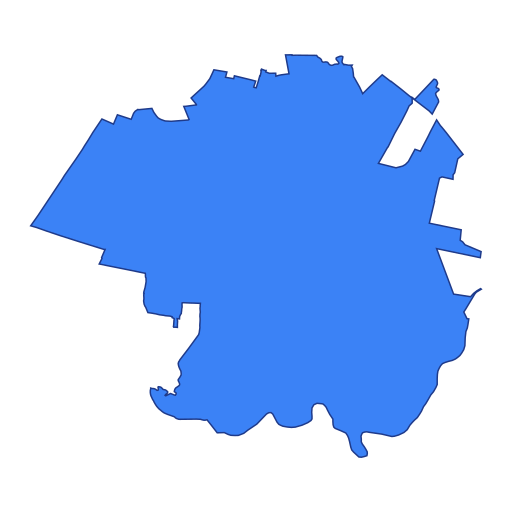 Giroc, Timis, Romania
{"feature_id": "2599482B4901779350201", "entity_name": "Giroc", "entity_type": "district", "adm_level": 2, "iso_a3": "ROU", "parent_name": "Romania", "parent_adm1": "Timis", "projection": "robinson", "projection_center": [21.239, 45.682], "detail": "fine", "context": "isolated", "style": "filled", "palette": "blue", "viewbox_px": 512, "rotation_deg": 0, "n_neighbors": 0, "source": "geoboundaries", "source_scale": "gbopen_adm2", "svg_char_len": 5963}
<svg xmlns="http://www.w3.org/2000/svg" viewBox="0 0 512 512"><path d="M437.2,384.5L437.2,378.8L437.4,374.4L437.9,371.1L439.2,368.2L440.7,365.6L442.5,363.6L445.0,362.5L448.4,361.4L452.3,360.4L455.4,359.0L457.5,357.5L459.9,355.5L461.6,353.2L463.7,349.7L464.9,345.7L465.2,337.6L465.8,332.5L465.8,331.8L467.3,328.0L467.9,324.8L468.6,320.2L468.8,318.9L467.0,318.7L463.8,312.0L465.7,309.1L474.7,294.1L476.3,292.2L481.3,289.2L480.6,288.6L476.9,290.8L473.6,293.4L470.6,296.7L453.6,294.1L436.6,248.6L480.3,257.7L481.1,251.6L465.0,244.8L462.6,241.8L460.2,240.3L461.2,229.8L429.3,223.2L434.6,201.0L434.2,200.5L439.5,178.1L442.0,176.9L453.0,179.3L453.1,174.8L454.7,172.7L457.8,158.8L463.1,154.4L446.3,132.7L442.3,127.8L440.3,125.5L436.6,119.9L430.5,131.5L428.0,136.6L420.4,151.2L415.0,149.3L408.4,161.5L405.4,164.5L402.6,166.1L396.0,167.8L378.4,163.4L387.6,147.3L388.0,147.1L394.6,133.6L400.9,122.5L406.8,111.0L409.1,105.9L412.1,103.3L412.2,102.8L412.1,97.9L414.5,99.7L429.1,110.9L432.2,114.1L438.6,102.0L438.6,101.3L438.3,99.8L437.8,98.7L436.4,96.2L435.9,95.0L435.7,93.9L435.6,93.4L435.8,93.1L436.6,92.1L438.8,90.3L439.0,90.0L439.0,89.3L438.6,88.7L438.2,88.4L436.8,87.9L436.2,87.4L436.2,86.9L436.3,86.5L437.4,84.1L437.6,83.4L437.6,83.0L437.1,81.6L436.5,80.5L436.2,80.0L435.8,79.7L434.9,79.4L434.1,79.2L433.8,79.3L429.3,84.1L414.8,99.4L411.7,97.1L411.4,97.4L409.1,95.7L400.9,89.0L391.0,81.3L390.8,81.5L382.2,74.8L377.2,79.5L369.3,87.1L362.7,93.7L359.6,87.1L354.0,77.2L353.6,77.0L353.3,73.4L352.6,68.6L351.4,66.5L352.2,65.1L348.6,65.2L344.5,64.4L344.0,64.8L342.8,63.5L342.3,62.8L342.0,61.9L342.1,60.9L342.2,60.3L342.8,57.5L342.8,56.7L341.8,56.2L340.9,56.2L339.9,56.3L337.1,57.4L336.2,58.0L336.1,58.7L336.2,59.4L336.8,60.1L338.1,61.6L338.7,62.6L338.9,63.4L338.3,63.9L337.5,64.2L337.1,64.0L334.6,64.3L332.6,65.2L331.8,65.3L330.9,65.3L329.3,64.5L328.0,62.7L327.5,62.3L327.1,62.1L325.7,61.9L323.7,62.2L323.3,62.2L322.7,62.0L322.2,61.6L321.8,61.2L321.4,59.8L320.9,59.1L319.9,58.2L317.9,57.1L316.6,55.4L296.1,55.2L293.0,55.3L292.0,55.3L292.0,54.8L285.5,54.9L289.0,73.8L281.4,74.8L278.9,75.3L275.9,76.2L275.7,73.2L269.3,73.3L265.7,71.9L266.1,70.5L265.1,70.5L261.5,69.1L261.0,70.2L261.4,70.3L261.1,71.3L261.0,71.2L261.0,71.4L261.1,71.9L260.6,74.1L260.2,75.9L259.8,75.8L258.1,81.8L256.2,87.8L254.7,87.5L253.7,87.1L255.7,81.1L250.8,79.8L234.4,75.8L233.7,78.7L225.5,77.3L226.9,72.0L213.9,69.8L212.1,73.8L209.8,78.7L206.0,83.8L204.0,86.2L191.1,98.0L196.4,104.5L196.4,104.9L185.7,106.3L183.8,106.4L189.1,119.5L188.2,120.0L171.2,121.3L165.5,121.0L164.3,120.7L161.0,119.5L159.6,118.8L158.1,117.9L156.6,116.2L153.8,112.3L151.9,108.4L138.6,109.7L137.9,109.4L135.2,111.2L133.6,113.3L131.2,119.3L117.4,114.8L113.5,124.1L101.9,119.0L92.9,132.4L88.3,140.0L84.6,145.7L82.4,149.4L75.9,159.1L64.5,175.4L61.9,179.6L38.0,215.5L30.7,225.8L36.6,227.5L47.0,231.2L60.4,235.7L79.2,241.7L103.9,249.4L105.1,249.4L101.6,257.6L102.0,258.4L99.2,264.0L145.3,273.3L145.4,274.3L145.5,275.0L145.4,275.4L145.5,277.1L146.0,278.0L146.1,281.7L145.1,287.5L143.9,291.7L143.7,293.2L144.1,293.4L143.7,294.9L143.8,296.3L143.9,297.9L143.9,299.1L143.6,300.9L144.1,304.1L144.9,306.1L145.7,307.3L147.9,312.6L152.1,313.2L153.6,313.5L156.0,313.9L157.5,314.3L159.6,314.8L163.6,315.3L165.4,315.7L170.1,316.1L172.1,316.7L172.1,317.6L174.1,318.5L174.2,319.4L174.0,320.0L173.8,323.0L173.6,325.6L173.4,326.6L173.7,327.2L175.6,327.2L177.4,327.4L177.4,324.6L177.6,321.2L177.1,318.6L179.5,318.9L179.6,316.7L180.0,315.6L180.7,314.3L181.3,313.5L181.4,312.0L181.6,311.1L181.7,309.4L181.9,308.0L182.1,307.2L182.0,304.0L182.2,302.8L183.7,302.7L189.9,303.0L194.2,303.1L198.7,303.3L200.4,303.3L200.2,305.3L200.2,306.7L200.0,308.3L200.2,310.8L200.3,312.1L200.0,314.1L199.9,316.3L200.1,318.5L200.1,320.7L199.8,325.4L199.9,327.8L199.2,332.7L198.6,334.7L188.6,348.4L179.9,359.8L179.4,360.8L178.6,362.0L178.4,362.8L178.2,363.4L178.3,364.3L178.5,365.4L178.9,366.8L179.7,368.8L180.9,371.1L181.2,373.7L181.1,375.0L180.1,376.8L179.2,378.2L178.2,379.6L178.2,380.7L179.1,382.4L179.7,384.1L179.4,385.3L178.6,386.0L175.7,388.0L175.0,389.0L174.6,390.1L174.4,390.9L174.3,391.6L174.9,392.1L175.9,392.7L176.2,393.8L175.4,395.2L174.6,395.1L170.5,393.5L168.9,394.3L168.5,394.4L168.0,394.8L167.4,395.0L165.8,395.8L165.1,395.4L165.6,394.5L167.1,393.4L167.6,392.6L167.7,391.8L166.9,391.0L165.6,390.0L164.8,389.8L163.0,389.4L162.4,388.6L161.4,387.6L160.7,387.1L158.6,386.7L158.2,386.8L158.0,387.5L158.3,388.5L158.3,389.9L157.8,390.3L156.9,390.3L155.5,389.2L154.5,388.8L153.8,388.6L152.1,388.5L150.7,388.1L150.7,388.7L150.3,390.5L150.3,392.7L150.6,394.6L151.0,395.9L152.7,399.6L153.6,400.9L154.1,402.1L155.5,404.5L156.7,406.3L157.9,407.7L159.0,408.9L160.1,409.8L160.9,410.4L161.5,411.0L163.6,412.6L165.0,413.3L167.6,414.4L170.2,415.3L171.9,415.9L174.4,416.8L175.5,417.9L176.5,418.5L178.5,419.2L179.6,419.3L196.5,419.1L200.6,419.3L201.8,419.7L203.0,420.0L204.1,420.2L205.1,420.2L207.0,419.8L210.6,424.3L217.2,432.8L224.3,432.6L228.1,434.4L230.9,435.3L235.0,435.5L238.4,435.4L243.8,433.3L247.9,430.1L256.8,424.1L266.5,414.0L268.8,412.7L271.1,412.6L272.8,414.1L277.0,422.1L278.8,424.3L280.3,425.1L282.8,426.2L287.3,427.0L291.4,427.4L295.3,427.1L302.0,425.2L307.7,422.7L311.0,420.5L312.0,418.9L312.0,416.2L311.7,412.3L312.0,407.9L313.9,404.7L317.0,403.3L321.3,403.7L322.8,403.9L324.5,405.3L326.2,407.3L327.4,409.9L329.7,414.3L332.9,419.1L332.9,421.6L333.1,424.7L333.8,427.1L335.2,428.4L340.8,430.7L345.8,433.0L347.5,435.5L348.6,438.0L349.6,441.7L350.8,447.2L351.7,449.9L353.6,452.1L358.9,457.0L361.5,457.2L364.4,456.5L366.9,455.7L367.3,453.6L367.2,451.8L365.8,449.2L364.3,446.8L362.3,444.0L361.3,441.9L361.3,439.2L361.0,436.1L361.8,434.1L362.5,432.8L364.4,432.1L366.6,431.8L369.8,432.4L381.7,434.1L391.9,436.5L394.5,436.2L398.6,435.0L403.9,432.5L407.2,429.7L409.9,425.2L412.3,422.4L414.6,420.0L417.3,417.6L419.6,414.2L421.5,411.1L423.5,406.7L425.8,403.6L428.1,399.7L430.8,394.9L433.5,391.7L435.9,387.5L437.2,384.5Z" fill="#3b82f6" stroke="#1e3a8a" stroke-width="1.5"/></svg>